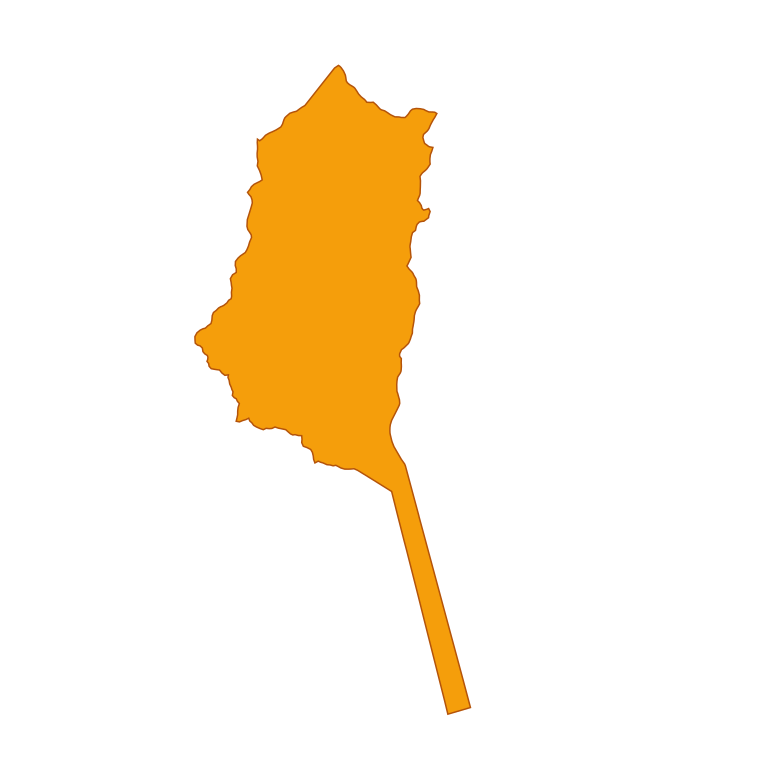 Rangwe, Nyanza, Kenya, rotated 207°
{"feature_id": "3690345B99365267658233", "entity_name": "Rangwe", "entity_type": "district", "adm_level": 2, "iso_a3": "KEN", "parent_name": "Kenya", "parent_adm1": "Nyanza", "projection": "robinson", "projection_center": [34.574, -0.513], "detail": "fine", "context": "isolated", "style": "filled", "palette": "amber", "viewbox_px": 768, "rotation_deg": 207, "n_neighbors": 0, "source": "geoboundaries", "source_scale": "gbopen_adm2", "svg_char_len": 4503}
<svg xmlns="http://www.w3.org/2000/svg" viewBox="0 0 768 768"><g transform="rotate(207 384 384)"><path d="M606.5,541.5L604.8,538.7L603.3,535.9L601.8,532.0L600.1,528.8L597.4,525.2L595.9,520.8L591.8,517.7L588.4,514.5L585.2,510.6L586.6,508.1L588.2,506.0L590.4,503.0L591.7,499.6L591.8,496.4L592.6,492.8L590.6,491.7L587.6,490.5L585.2,488.2L583.5,485.5L582.7,481.6L581.5,474.8L580.4,468.4L577.7,462.3L575.5,459.8L572.3,458.0L570.0,456.6L568.5,454.3L568.2,449.5L567.4,445.4L567.1,441.4L567.3,438.1L570.0,433.2L571.2,430.0L572.0,425.8L570.3,422.0L567.9,419.5L566.3,416.3L568.5,412.6L568.7,408.1L566.3,405.1L564.8,402.8L562.9,400.3L561.6,396.5L559.6,393.0L558.9,390.6L560.4,388.1L560.8,384.9L562.4,381.4L563.7,379.6L564.6,378.7L565.9,376.6L566.9,373.4L568.4,370.3L568.1,367.0L567.2,364.8L566.3,362.6L565.6,359.3L567.4,355.9L568.5,352.7L570.3,351.1L572.2,348.6L573.9,344.8L574.0,340.4L572.2,337.1L570.7,334.7L567.8,334.0L565.2,334.5L562.2,333.6L560.0,330.6L557.4,329.5L554.3,329.2L552.9,327.7L552.2,325.7L552.0,323.8L549.6,322.7L547.9,320.4L544.9,319.2L541.5,320.2L539.4,320.9L536.9,321.8L533.4,320.2L529.7,319.5L526.8,321.5L526.0,319.0L523.7,317.0L521.5,314.0L518.6,311.7L517.1,310.1L515.0,308.5L513.9,304.9L511.2,303.8L509.0,303.8L506.7,302.0L504.0,300.9L503.4,297.0L502.1,293.5L500.4,290.1L499.6,287.1L498.8,283.7L495.6,284.6L493.4,287.2L490.9,289.6L489.0,292.1L486.8,290.1L484.1,289.4L481.4,288.0L478.2,287.8L474.5,288.0L470.8,288.5L468.9,291.0L466.0,292.1L463.7,293.5L461.6,296.2L458.2,296.7L454.9,297.6L450.8,298.7L447.5,297.8L444.6,297.1L442.1,297.2L440.3,298.5L436.9,299.2L433.9,300.6L431.9,297.4L430.7,294.4L427.6,291.9L423.8,292.4L419.6,292.4L416.8,290.6L414.4,287.8L412.5,284.9L409.7,282.3L407.6,285.4L405.0,285.5L402.5,286.0L400.4,286.1L398.2,286.2L395.3,287.4L392.2,288.0L390.0,289.7L387.3,289.7L384.3,289.6L380.5,290.3L377.2,291.9L374.4,293.5L372.2,294.9L368.4,295.1L362.0,294.6L351.1,293.7L328.4,291.7L313.5,274.6L295.5,254.1L288.0,245.7L257.4,210.8L242.8,194.0L186.2,129.3L177.2,118.8L160.1,135.0L179.5,156.6L292.4,281.5L293.4,282.7L327.7,320.7L329.3,322.1L334.3,324.7L346.7,332.7L350.3,335.9L351.2,336.8L352.5,338.3L355.4,341.7L356.4,343.0L357.6,345.1L359.0,348.1L359.9,350.6L360.7,355.2L360.7,361.4L360.7,363.7L360.7,366.2L360.8,371.9L361.2,373.9L363.1,377.0L364.7,378.7L367.5,381.8L369.2,383.4L371.0,386.7L371.7,388.0L372.5,389.5L373.9,392.8L375.0,396.4L374.8,398.3L374.5,401.0L374.6,402.8L375.0,404.1L376.4,407.4L377.5,409.4L378.3,410.7L380.1,414.5L382.7,415.8L383.8,418.0L384.0,422.6L383.2,424.1L382.5,425.6L381.3,429.2L380.7,431.0L380.6,432.5L380.9,436.0L381.4,438.8L381.8,442.2L383.5,445.8L383.9,447.1L384.3,448.6L385.3,451.8L385.8,453.4L386.6,455.5L388.0,458.8L388.7,462.2L388.9,463.7L388.9,466.0L388.7,468.9L388.7,471.8L390.5,474.6L392.7,479.1L395.7,482.5L399.1,485.5L401.2,489.3L402.3,491.0L403.5,492.3L406.8,494.4L408.4,495.7L409.9,496.5L413.8,497.8L417.2,499.6L417.1,501.4L417.4,509.2L418.2,510.3L420.1,513.3L422.1,516.5L423.1,517.9L423.8,519.5L424.8,522.9L425.8,525.7L426.5,527.6L427.3,531.8L426.5,533.5L425.7,535.2L426.7,538.8L427.0,541.2L426.0,544.5L423.8,546.3L422.4,547.1L419.8,552.4L420.5,554.2L421.2,558.6L423.9,560.6L425.1,559.2L427.5,557.0L428.7,557.2L430.0,557.8L431.9,560.0L433.4,560.9L434.6,561.7L437.5,562.7L437.7,565.0L437.9,568.4L438.4,570.3L440.2,574.1L440.8,575.5L441.8,577.6L443.8,581.7L446.2,585.3L446.0,587.6L445.6,589.6L444.0,593.4L443.4,595.3L443.1,597.3L442.7,600.9L443.9,602.7L445.4,605.6L446.8,609.4L447.1,612.9L447.8,617.0L451.1,616.0L452.5,616.0L453.8,616.3L457.0,616.8L458.6,618.3L461.3,621.3L462.1,624.3L460.4,628.8L460.1,630.2L459.9,632.0L460.2,635.6L460.2,637.6L460.1,641.9L459.8,644.7L459.7,649.0L462.1,649.2L463.7,648.6L467.5,646.8L471.1,646.6L473.2,646.7L476.7,645.7L480.4,644.1L483.4,641.8L484.4,639.5L484.9,635.4L485.5,633.1L486.2,631.0L489.7,629.3L492.0,628.7L495.5,627.0L500.0,626.9L501.5,627.0L503.4,627.3L507.4,627.7L510.9,627.1L512.2,627.2L514.2,627.9L517.5,629.2L521.5,630.2L523.7,628.8L527.3,627.2L529.0,628.1L530.3,628.6L534.7,629.5L538.2,630.8L539.7,631.7L541.0,632.5L544.2,634.3L545.5,634.7L547.1,634.9L550.6,635.1L553.4,635.8L555.2,636.9L557.3,639.9L558.7,641.7L562.2,644.5L565.8,646.4L567.6,647.0L569.2,647.2L571.5,643.1L580.9,596.2L582.9,593.1L584.0,591.0L585.8,587.3L588.3,585.1L590.8,582.5L592.7,577.8L593.2,576.0L593.1,573.9L592.4,569.4L592.6,566.2L594.3,563.3L595.6,561.2L598.2,557.8L599.1,556.8L600.5,555.0L602.5,551.8L603.7,547.3L605.2,544.3L607.9,544.7L606.5,541.5Z" fill="#f59e0b" stroke="#b45309" stroke-width="1.5"/></g></svg>